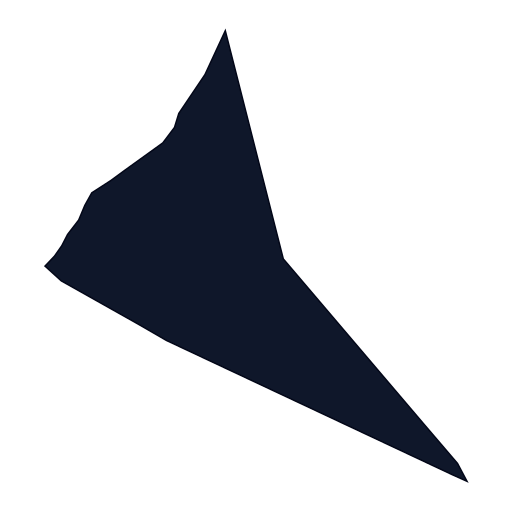 the district of Palestina, Alagoas, Brazil
{"feature_id": "56859067B33647530257209", "entity_name": "Palestina", "entity_type": "district", "adm_level": 2, "iso_a3": "BRA", "parent_name": "Brazil", "parent_adm1": "Alagoas", "projection": "robinson", "projection_center": [-37.312, -9.686], "detail": "fine", "context": "isolated", "style": "filled", "palette": "ink", "viewbox_px": 512, "rotation_deg": 0, "n_neighbors": 0, "source": "geoboundaries", "source_scale": "gbopen_adm2", "svg_char_len": 397}
<svg xmlns="http://www.w3.org/2000/svg" viewBox="0 0 512 512"><path d="M225.3,30.7L205.0,74.5L178.8,113.4L174.5,127.4L162.8,142.9L125.3,169.9L111.0,180.4L91.8,192.8L84.8,205.4L78.7,220.0L67.6,234.4L61.8,245.7L54.5,256.1L45.0,266.1L61.3,280.9L138.3,324.2L166.5,340.5L452.7,474.9L467.0,481.3L457.5,463.4L423.8,424.0L283.3,258.9L225.3,30.7Z" fill="#0f172a" stroke="#020617" stroke-width="1.5"/></svg>